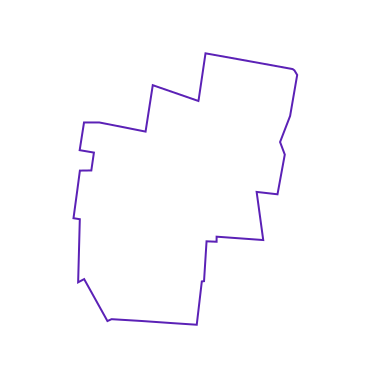 the district of Washington, Vermont, United States of America, rotated 342°
{"feature_id": "52423323B84121936183506", "entity_name": "Washington", "entity_type": "district", "adm_level": 2, "iso_a3": "USA", "parent_name": "United States of America", "parent_adm1": "Vermont", "projection": "orthographic", "projection_center": [-72.628, 44.26], "detail": "fine", "context": "isolated", "style": "outline", "palette": "violet", "viewbox_px": 384, "rotation_deg": 342, "n_neighbors": 0, "source": "geoboundaries", "source_scale": "gbopen_adm2", "svg_char_len": 595}
<svg xmlns="http://www.w3.org/2000/svg" viewBox="0 0 384 384"><g transform="rotate(342 192 192)"><path d="M55.8,242.7L62.5,241.5L71.7,288.6L76.2,288.1L104.2,299.1L133.7,311.0L155.5,319.7L173.7,280.1L175.9,280.5L190.6,243.4L200.0,246.9L201.6,242.1L244.9,259.7L253.5,211.9L272.6,220.6L291.8,185.1L291.2,171.7L308.8,150.0L328.2,113.2L327.0,108.0L325.7,106.2L289.5,86.7L247.7,64.3L227.0,106.0L226.2,107.4L187.7,78.3L166.5,120.2L125.3,97.2L110.8,92.5L98.1,117.5L110.9,124.2L102.9,140.4L92.0,137.0L83.2,155.4L71.2,180.3L76.9,183.2L55.8,242.7Z" fill="none" stroke="#5b21b6" stroke-width="2"/></g></svg>